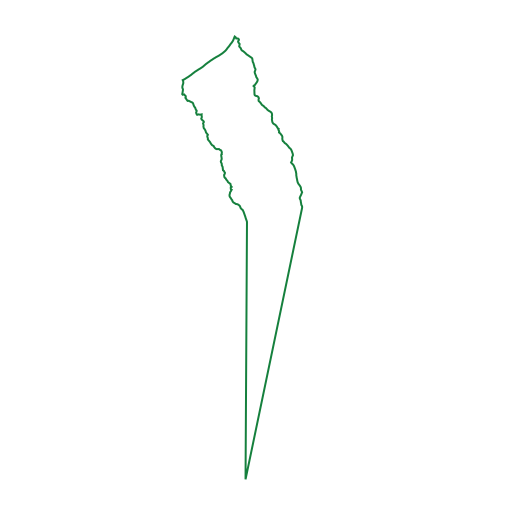 Kirinyaga Central, Central, Kenya (Mercator projection), rotated 173°
{"feature_id": "3690345B89320584549641", "entity_name": "Kirinyaga Central", "entity_type": "district", "adm_level": 2, "iso_a3": "KEN", "parent_name": "Kenya", "parent_adm1": "Central", "projection": "mercator", "projection_center": [37.269, -0.377], "detail": "fine", "context": "isolated", "style": "outline", "palette": "green", "viewbox_px": 512, "rotation_deg": 173, "n_neighbors": 0, "source": "geoboundaries", "source_scale": "gbopen_adm2", "svg_char_len": 5372}
<svg xmlns="http://www.w3.org/2000/svg" viewBox="0 0 512 512"><g transform="rotate(173 256 256)"><path d="M293.6,35.6L204.6,297.5L204.3,298.5L204.2,299.3L204.4,300.4L204.8,301.2L204.8,302.0L204.8,302.8L204.9,303.8L204.9,304.7L204.9,305.7L205.1,306.5L205.5,307.5L205.5,308.4L205.1,309.2L204.4,310.3L203.6,311.5L203.0,312.8L202.5,313.4L202.6,314.2L203.0,315.4L203.3,316.4L203.2,317.2L203.1,318.0L203.3,319.1L203.8,320.2L204.2,321.0L204.7,321.8L205.2,322.7L205.5,323.6L205.7,324.3L205.8,325.3L205.9,326.1L205.9,327.0L206.0,327.9L206.1,328.8L206.1,329.9L206.2,330.8L206.1,331.7L206.0,333.1L206.1,334.1L206.1,334.9L206.3,336.0L206.5,337.1L206.8,338.4L207.1,339.7L207.4,340.8L207.9,341.9L208.5,342.8L209.2,343.5L209.8,344.6L209.1,345.5L208.4,346.9L208.3,348.3L208.3,349.3L207.7,350.4L207.0,351.6L207.1,353.0L207.5,354.9L207.7,355.8L207.9,356.5L208.2,357.4L208.8,358.4L209.8,359.4L210.5,360.7L211.3,362.0L212.5,363.6L213.7,364.6L214.2,365.4L214.7,366.3L215.3,366.7L215.5,367.5L215.6,368.4L215.6,369.3L215.4,370.1L215.3,371.2L215.6,372.4L216.2,373.3L216.9,374.6L217.4,375.1L218.1,375.8L217.8,376.8L218.1,377.9L218.4,378.6L218.0,379.4L218.7,380.0L219.1,380.8L219.5,381.8L220.2,383.0L220.8,383.8L221.7,384.5L222.6,385.2L223.1,386.0L223.4,386.8L223.5,387.6L223.5,388.3L223.6,389.2L223.5,390.0L223.2,390.8L223.2,391.8L223.3,392.7L222.9,393.7L222.8,395.0L223.0,395.9L223.3,396.6L224.0,397.3L224.8,398.0L225.7,398.6L226.9,399.8L227.4,400.6L228.1,401.6L229.0,402.3L229.6,403.1L230.2,404.0L231.1,404.7L231.7,405.3L232.1,406.0L232.5,406.9L233.0,407.7L233.6,408.6L234.4,409.4L234.5,410.4L234.3,411.3L233.9,412.2L234.3,413.5L235.1,414.4L236.0,414.7L236.9,415.1L237.6,415.7L237.8,416.7L237.7,417.7L237.6,418.8L237.5,419.9L237.4,421.0L237.1,422.0L236.8,423.4L237.1,424.2L237.7,425.0L237.0,425.6L236.1,426.0L235.5,426.8L234.8,427.5L234.2,428.2L233.6,428.9L233.1,429.8L232.8,430.9L233.1,432.0L233.6,432.9L234.0,433.8L234.0,434.6L234.3,435.6L234.7,437.1L234.9,438.1L234.9,438.9L234.4,439.8L233.8,441.1L233.9,442.1L234.4,443.1L234.6,444.2L234.6,445.1L234.8,445.9L234.9,446.8L235.1,447.9L235.5,448.9L235.6,449.8L235.6,450.7L235.6,451.7L235.7,452.6L236.2,453.3L237.0,454.0L237.9,454.8L239.9,456.6L240.8,457.3L241.4,458.2L242.0,458.9L242.6,459.6L243.6,460.7L244.4,461.3L245.1,461.9L245.5,462.8L245.8,464.1L246.6,465.2L247.1,466.0L246.8,467.2L246.4,468.4L247.1,469.5L247.5,470.2L247.6,471.3L246.8,472.2L246.6,473.1L247.3,474.0L248.2,474.2L249.1,474.3L249.5,475.5L250.4,476.4L251.0,475.4L251.3,474.7L251.9,473.7L252.5,472.6L253.0,472.0L253.5,471.4L254.2,470.6L255.2,469.7L256.0,468.8L256.8,467.9L257.7,467.0L258.5,466.3L259.2,465.6L259.8,464.9L260.5,464.2L261.3,463.5L262.0,463.0L262.9,462.4L263.7,461.9L264.6,461.3L265.8,460.7L266.8,460.2L267.6,459.8L268.4,459.4L269.4,459.0L270.7,458.5L271.7,458.1L272.7,457.6L273.7,457.2L274.7,456.7L275.4,456.3L276.3,455.9L277.5,455.3L278.2,454.9L279.0,454.4L279.7,454.1L280.7,453.5L281.8,452.9L282.8,452.3L283.8,451.6L284.7,451.0L285.4,450.5L286.5,449.9L287.5,449.4L288.3,449.0L289.4,448.5L290.4,448.1L291.3,447.6L292.2,447.2L293.0,446.8L293.9,446.4L294.6,446.0L295.2,445.6L296.1,445.1L297.1,444.5L298.3,443.7L299.3,443.2L300.2,442.7L301.3,442.1L302.4,441.6L303.3,441.2L304.1,440.8L304.9,440.4L305.9,440.0L307.3,439.5L307.0,438.6L307.0,437.2L307.2,436.1L307.7,435.1L308.0,434.4L308.3,433.7L308.5,432.8L308.6,431.9L308.3,430.9L308.2,430.0L308.5,428.9L308.9,427.4L309.2,426.5L309.5,425.7L309.1,425.0L308.3,425.1L307.6,425.1L307.0,424.1L306.3,423.3L306.3,422.3L306.8,421.6L306.3,420.7L305.8,419.7L305.0,418.3L303.9,418.3L303.1,417.7L302.4,417.3L301.6,416.7L300.5,416.1L299.9,415.3L299.7,414.3L299.4,412.8L298.9,411.5L298.3,410.7L298.2,410.0L298.0,409.2L297.8,408.4L297.2,407.6L297.4,406.6L297.9,405.9L297.9,405.1L297.7,404.2L297.2,403.3L295.8,403.6L294.8,403.2L293.9,403.1L292.7,403.2L292.9,402.1L292.8,401.1L293.0,400.0L293.6,399.0L293.3,398.1L292.6,397.3L291.7,396.3L291.4,395.4L291.9,394.8L292.4,394.0L292.2,393.1L292.1,392.2L292.4,390.9L292.3,389.9L292.2,389.1L291.6,388.3L291.1,387.2L290.8,386.2L290.6,384.9L290.0,383.7L289.4,382.9L289.0,382.1L289.6,381.4L289.8,380.5L289.6,379.6L289.4,378.7L289.6,377.7L289.2,376.9L288.7,376.2L288.0,375.1L287.5,374.2L287.2,373.2L286.7,372.4L286.1,371.4L285.3,370.8L284.6,370.3L284.3,369.3L283.5,368.0L282.8,367.3L281.8,366.8L280.7,366.8L279.6,366.6L279.1,365.9L278.0,365.3L277.5,364.3L277.3,363.5L277.3,362.7L277.6,362.0L277.5,361.2L278.2,360.6L278.3,359.5L278.2,358.5L278.2,357.6L278.2,356.5L278.6,355.6L279.1,354.8L279.4,354.2L279.3,353.1L278.8,352.1L278.8,351.1L278.9,350.1L278.6,349.4L278.3,348.5L278.3,347.6L278.3,346.5L278.3,345.1L277.5,344.4L277.2,343.4L276.7,342.5L276.9,341.6L277.3,341.0L277.8,340.3L277.8,339.1L277.7,338.0L277.3,337.3L276.6,336.7L276.3,335.6L275.6,334.6L275.1,333.8L274.8,332.8L274.2,332.2L273.5,331.5L272.6,330.7L272.5,329.4L272.3,328.3L271.8,327.6L272.7,327.2L272.8,326.4L272.8,325.3L272.1,324.7L272.7,324.0L273.1,323.3L273.7,322.7L274.1,322.0L274.3,321.1L274.7,320.3L274.9,319.5L274.9,318.4L274.5,317.4L273.8,316.2L273.4,315.1L272.8,314.3L272.6,313.0L271.9,311.9L270.8,311.1L269.7,310.1L268.5,309.8L267.4,309.2L266.7,308.5L266.0,307.7L265.7,306.8L265.5,305.7L265.0,304.9L264.5,304.1L263.7,303.5L263.3,302.4L263.0,301.6L262.8,300.7L262.6,299.9L262.4,298.9L262.2,298.0L261.8,296.2L261.7,295.3L261.3,293.5L260.9,291.7L260.8,290.9L293.6,35.6Z" fill="none" stroke="#15803d" stroke-width="2"/></g></svg>